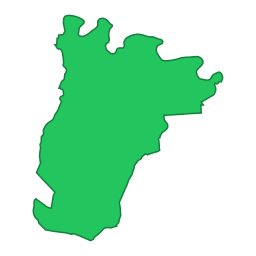 outline of Coltau, Maramures, Romania
{"feature_id": "2599482B55109321738966", "entity_name": "Coltau", "entity_type": "district", "adm_level": 2, "iso_a3": "ROU", "parent_name": "Romania", "parent_adm1": "Maramures", "projection": "orthographic", "projection_center": [23.522, 47.593], "detail": "fine", "context": "isolated", "style": "filled", "palette": "green", "viewbox_px": 256, "rotation_deg": 0, "n_neighbors": 0, "source": "geoboundaries", "source_scale": "gbopen_adm2", "svg_char_len": 5582}
<svg xmlns="http://www.w3.org/2000/svg" viewBox="0 0 256 256"><path d="M116.6,226.3L116.3,225.6L117.2,224.3L118.6,222.6L119.0,221.3L119.6,218.4L120.5,216.1L120.7,215.1L120.1,206.9L119.3,202.4L125.8,187.4L126.1,186.9L126.7,185.6L127.7,183.1L128.3,181.0L128.6,180.2L128.8,179.7L131.3,175.7L131.7,175.1L131.9,174.7L132.2,174.0L133.4,169.9L134.0,168.3L134.1,167.9L134.1,167.4L134.2,166.5L134.2,166.0L134.3,165.8L135.4,164.3L135.6,163.7L136.4,162.8L136.8,162.2L137.1,162.0L137.3,161.8L137.3,161.4L137.4,161.2L138.2,160.4L138.6,160.2L140.4,159.4L140.7,159.1L140.9,158.7L141.0,158.4L141.4,158.3L141.5,158.1L141.5,157.5L141.5,157.4L141.6,157.1L142.6,156.4L142.7,156.1L142.8,155.9L143.9,155.2L144.2,155.0L144.3,154.8L144.4,154.5L144.5,154.4L145.1,154.2L145.3,154.2L145.7,154.1L146.1,154.0L146.3,154.0L146.5,154.1L146.7,154.4L147.1,154.4L147.4,154.5L147.5,154.8L148.0,154.5L153.9,152.5L155.8,152.0L157.5,151.6L158.3,151.2L159.7,150.2L159.3,148.2L159.3,146.0L158.9,141.4L158.7,140.1L158.5,138.8L158.7,138.3L159.3,137.9L160.0,137.5L160.2,136.0L160.7,135.0L161.9,133.0L162.9,131.9L164.0,131.3L165.7,130.0L167.2,128.4L167.8,126.9L167.7,125.3L167.5,124.3L166.9,123.2L165.1,121.2L164.4,119.8L164.1,118.2L163.9,115.3L168.1,115.1L170.6,114.9L174.4,114.7L177.3,114.5L182.8,114.2L186.5,113.8L201.3,113.0L200.8,105.2L203.3,105.0L201.2,102.1L212.6,95.5L213.5,94.9L214.3,94.2L215.6,90.8L215.8,89.7L215.5,87.5L214.8,85.4L214.4,84.7L214.6,84.5L214.9,83.2L216.1,83.7L216.9,83.8L217.4,83.8L217.8,83.5L218.2,83.1L218.6,82.6L218.9,82.0L220.4,81.7L221.3,81.9L222.1,79.9L222.7,77.4L222.4,76.4L221.8,74.5L221.4,73.6L220.3,72.7L219.0,72.0L215.7,73.4L213.6,74.5L212.3,75.8L210.0,79.4L208.3,80.0L205.9,80.1L199.9,78.8L198.6,77.8L197.2,75.2L196.7,73.9L196.4,72.2L196.6,70.8L197.3,69.6L200.9,66.0L202.2,64.5L202.9,63.2L203.0,61.7L202.8,60.6L201.9,59.1L200.5,57.8L198.6,56.8L197.1,56.5L195.3,56.7L192.7,56.8L189.8,57.1L185.3,57.3L181.0,57.9L178.0,58.9L172.2,60.2L168.2,60.7L164.4,60.8L162.3,60.2L160.9,58.9L159.2,56.5L157.7,54.3L156.9,52.7L156.4,50.9L156.3,49.4L156.6,47.6L157.2,46.4L158.2,45.3L162.0,43.6L162.6,42.8L162.8,41.8L162.6,40.9L161.7,40.0L160.3,39.3L158.5,39.1L154.5,37.4L152.8,36.9L149.8,36.9L147.8,36.6L145.3,35.8L142.4,34.9L139.1,34.3L136.6,34.3L133.3,34.9L131.0,35.6L127.2,37.6L126.0,38.4L124.9,40.0L124.1,41.6L123.9,43.0L124.4,45.0L124.2,46.4L123.6,47.5L122.9,47.9L121.8,48.0L119.8,47.9L118.6,48.1L117.2,48.7L116.7,49.6L116.0,52.1L114.7,53.3L112.9,53.8L111.7,53.7L110.7,53.4L109.6,52.5L107.8,50.9L106.2,49.2L105.9,48.1L105.6,46.6L105.6,44.8L106.4,43.6L108.6,42.3L109.1,40.6L109.3,39.3L108.7,34.8L108.9,32.4L109.5,30.1L110.3,28.6L112.3,26.3L112.3,25.3L111.5,24.5L109.9,23.7L107.9,20.9L106.4,19.8L104.1,18.5L102.4,18.3L100.8,18.5L99.5,19.0L98.0,20.6L97.7,21.7L97.9,23.8L97.7,25.7L96.7,27.2L95.8,28.3L93.0,30.1L91.4,31.2L89.4,33.0L87.7,34.2L84.8,35.8L83.4,36.3L82.4,36.4L80.8,36.2L79.6,35.9L78.6,35.2L78.3,34.3L78.5,32.8L78.8,31.5L78.9,30.3L79.3,28.1L80.0,26.8L80.9,26.0L82.1,24.9L83.6,23.5L84.0,22.4L84.1,21.3L83.5,20.5L81.7,19.1L79.2,17.8L76.4,16.7L73.1,15.9L69.3,15.4L66.5,15.7L64.9,16.5L64.0,17.9L63.5,19.3L63.6,20.7L63.4,22.7L63.6,24.4L64.1,26.5L64.4,28.2L64.8,29.6L65.0,31.1L64.2,32.5L63.3,34.4L62.1,34.7L58.6,35.1L58.5,38.3L57.1,38.3L56.8,43.4L56.7,43.4L56.7,44.5L54.9,44.7L55.8,45.7L56.3,46.9L56.8,47.8L57.5,48.4L58.1,48.9L59.1,49.0L60.1,49.0L61.1,49.8L61.9,51.3L62.4,52.7L62.7,54.9L63.1,56.9L63.5,60.8L63.6,63.3L63.2,64.2L63.1,64.8L63.3,65.8L64.2,66.8L65.0,67.4L65.9,68.5L66.4,69.5L66.4,70.8L66.2,71.5L66.1,72.3L65.5,73.2L64.7,74.1L64.7,76.1L64.3,77.2L64.4,78.1L64.3,78.8L63.8,79.7L62.7,80.6L61.7,81.5L61.1,82.8L60.5,84.2L59.8,85.9L58.9,88.2L59.3,88.1L60.1,88.1L60.3,88.2L60.4,88.6L60.7,88.9L61.3,89.2L61.9,89.2L62.6,89.5L63.0,90.2L63.2,91.1L63.5,93.8L63.4,95.1L63.2,95.4L62.7,95.7L62.3,95.9L61.4,96.2L60.6,96.7L60.1,97.4L59.9,98.6L60.0,99.5L60.7,100.3L61.5,101.6L59.7,105.5L58.3,109.3L57.5,110.8L56.5,112.5L55.5,113.8L55.0,114.5L54.5,115.7L54.3,116.6L54.0,117.5L53.6,118.4L52.9,119.4L52.2,120.1L50.6,121.2L49.5,121.9L49.3,122.1L48.1,122.8L46.4,124.6L45.4,126.0L43.9,128.7L43.5,129.8L43.3,131.2L43.3,132.1L43.4,132.4L43.6,133.2L43.7,133.5L43.6,133.9L43.1,134.7L42.7,135.1L42.5,135.5L42.1,135.8L41.8,136.4L41.5,136.5L41.3,137.4L41.2,141.6L41.0,142.7L40.9,143.1L40.4,143.6L40.2,143.9L40.1,144.7L40.1,145.2L40.3,146.3L40.5,147.4L40.8,148.3L40.5,148.5L40.4,149.3L40.1,150.4L39.8,153.1L39.6,155.0L39.6,157.1L39.7,157.8L40.1,159.8L40.1,161.8L40.4,162.0L40.9,162.2L37.9,169.2L37.3,170.8L36.7,172.1L36.5,172.5L37.5,173.7L44.3,181.1L50.3,187.2L54.9,192.1L54.5,193.1L53.4,195.2L52.4,201.0L52.3,202.1L51.7,205.2L51.3,208.1L50.6,208.1L50.0,208.0L48.8,207.7L47.3,207.0L46.0,206.3L45.4,206.0L44.9,205.3L43.2,204.1L39.0,201.1L35.7,198.8L35.2,199.3L34.4,200.7L34.1,201.4L34.0,203.5L34.0,206.1L33.9,207.2L33.4,209.2L33.3,210.3L33.3,211.5L33.5,213.0L33.9,214.6L35.0,217.0L35.4,217.5L37.5,219.7L38.0,220.4L38.4,221.1L38.6,221.7L38.6,222.3L38.8,222.8L39.0,223.2L39.8,224.2L41.0,225.3L42.5,226.9L43.1,227.5L44.1,228.2L44.8,229.0L45.0,229.6L47.1,230.1L53.6,231.3L66.3,232.9L71.8,234.4L71.8,233.9L73.9,233.7L74.4,233.8L74.8,233.9L77.3,235.1L78.7,235.4L79.3,235.6L79.9,235.9L80.5,236.1L81.1,236.4L81.5,236.7L82.2,237.1L82.9,237.2L84.5,238.0L85.0,238.3L86.3,238.8L88.1,239.3L89.1,240.0L89.8,240.5L90.2,240.6L92.0,240.0L92.8,239.6L93.3,239.2L93.5,238.6L93.8,238.1L94.3,237.4L96.0,235.8L97.2,235.1L98.1,234.4L100.1,232.5L102.8,229.6L103.8,228.7L104.8,228.1L107.0,227.6L108.0,227.5L108.7,227.6L109.1,227.7L110.0,227.8L111.3,227.8L113.3,227.0L114.9,226.6L116.6,226.3Z" fill="#22c55e" stroke="#15803d" stroke-width="1.5"/></svg>